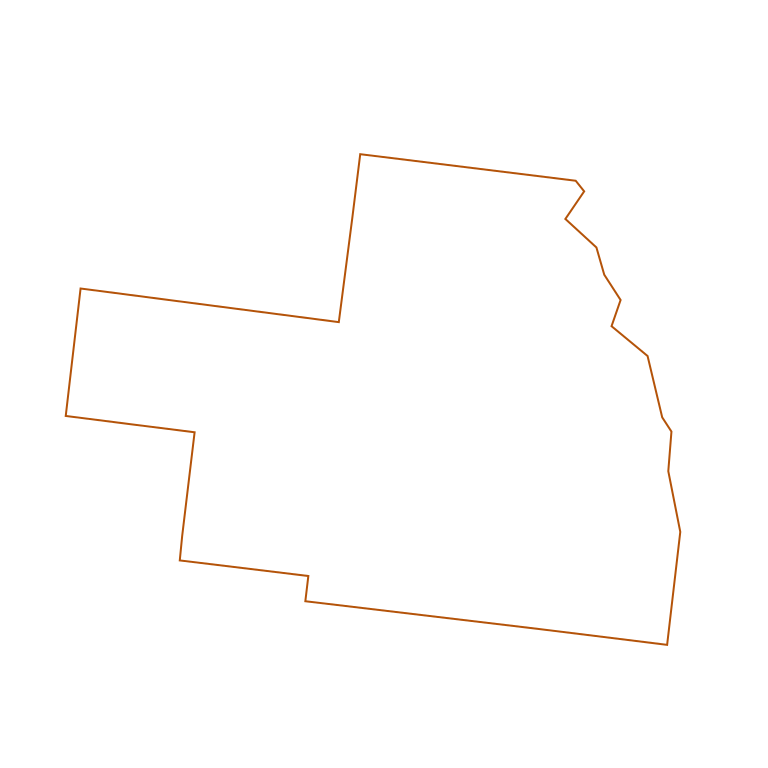 the district of Choctaw, Mississippi, United States of America, rotated 97°
{"feature_id": "52423323B48791393763722", "entity_name": "Choctaw", "entity_type": "district", "adm_level": 2, "iso_a3": "USA", "parent_name": "United States of America", "parent_adm1": "Mississippi", "projection": "albers", "projection_center": [-89.259, 33.321], "detail": "fine", "context": "isolated", "style": "outline", "palette": "amber", "viewbox_px": 768, "rotation_deg": 97, "n_neighbors": 0, "source": "geoboundaries", "source_scale": "gbopen_adm2", "svg_char_len": 483}
<svg xmlns="http://www.w3.org/2000/svg" viewBox="0 0 768 768"><g transform="rotate(97 384 384)"><path d="M608.4,71.2L494.7,71.9L435.9,91.2L396.2,92.9L383.2,103.8L324.1,125.8L298.9,165.2L271.8,159.4L248.7,178.7L222.6,189.8L198.1,224.1L168.4,208.8L158.9,218.5L158.8,435.6L223.5,435.7L328.1,436.4L326.2,696.8L454.5,696.0L454.8,631.3L455.0,566.1L559.3,565.8L584.0,565.2L583.8,435.7L609.2,435.6L608.3,200.0L608.4,72.2L608.4,71.2Z" fill="none" stroke="#b45309" stroke-width="2"/></g></svg>